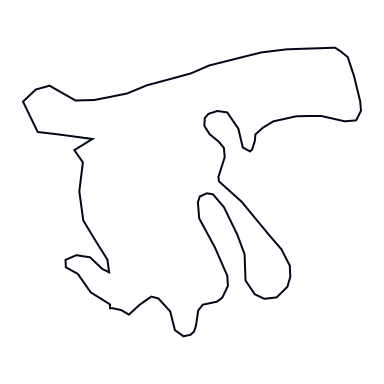 the district of Yangiabad, Sirdaryo, Uzbekistan
{"feature_id": "79887680B4215620522937", "entity_name": "Yangiabad", "entity_type": "district", "adm_level": 2, "iso_a3": "UZB", "parent_name": "Uzbekistan", "parent_adm1": "Sirdaryo", "projection": "natural_earth1", "projection_center": [68.78, 39.988], "detail": "fine", "context": "isolated", "style": "outline", "palette": "ink", "viewbox_px": 384, "rotation_deg": 0, "n_neighbors": 0, "source": "geoboundaries", "source_scale": "gbopen_adm2", "svg_char_len": 1295}
<svg xmlns="http://www.w3.org/2000/svg" viewBox="0 0 384 384"><path d="M110.0,308.2L112.5,308.2L121.2,310.1L128.9,314.6L139.7,304.7L151.3,296.6L152.8,297.0L158.3,298.4L170.2,311.4L174.9,330.1L183.5,336.3L190.5,334.8L194.1,331.5L196.0,325.6L198.2,310.5L202.8,304.7L216.9,301.7L222.3,297.6L227.9,285.9L227.3,275.8L215.0,247.6L199.2,218.4L197.9,202.3L199.8,196.5L206.9,193.3L213.0,194.3L224.0,207.3L237.3,234.7L244.6,254.3L245.5,280.5L254.8,294.3L264.3,298.8L276.6,297.4L287.4,286.8L290.3,276.7L289.8,265.7L281.5,249.4L268.8,234.7L241.7,201.8L219.0,181.4L218.4,177.0L224.7,157.2L223.9,147.9L218.8,141.7L209.6,134.2L204.3,125.8L204.8,118.1L208.4,113.9L217.3,111.0L227.2,112.4L238.3,128.6L242.8,147.5L250.0,151.4L252.1,149.5L254.8,141.1L255.4,134.4L262.8,127.8L273.2,121.4L296.2,116.3L307.6,116.0L321.3,116.0L344.7,121.3L356.1,120.4L361.0,110.7L360.2,101.4L354.0,76.0L347.8,57.2L340.5,51.2L335.0,47.7L287.0,49.3L261.5,52.4L243.7,56.8L209.4,65.4L190.6,73.5L146.9,85.3L127.0,93.5L94.4,100.0L75.5,100.5L49.5,85.7L35.8,89.5L23.0,101.6L37.7,132.0L58.2,134.4L92.4,139.0L74.3,150.1L82.9,162.4L79.3,191.3L83.3,220.5L95.3,240.4L107.4,259.6L109.1,272.3L102.4,269.0L90.0,257.3L76.4,255.2L65.5,259.9L65.9,267.3L77.8,273.9L90.7,292.3L110.0,304.4L110.0,308.2Z" fill="none" stroke="#020617" stroke-width="2"/></svg>